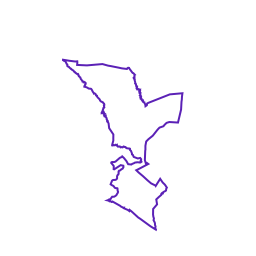 San Jerónimo Sosola, Oaxaca, Mexico (Mercator projection), rotated 138°
{"feature_id": "50627088B57913149693719", "entity_name": "San Jerónimo Sosola", "entity_type": "district", "adm_level": 2, "iso_a3": "MEX", "parent_name": "Mexico", "parent_adm1": "Oaxaca", "projection": "mercator", "projection_center": [-97.021, 17.384], "detail": "fine", "context": "isolated", "style": "outline", "palette": "violet", "viewbox_px": 256, "rotation_deg": 138, "n_neighbors": 0, "source": "geoboundaries", "source_scale": "gbopen_adm2", "svg_char_len": 5850}
<svg xmlns="http://www.w3.org/2000/svg" viewBox="0 0 256 256"><g transform="rotate(138 128 128)"><path d="M138.1,68.7L146.2,66.4L146.1,66.9L147.9,71.4L148.5,76.0L149.1,82.3L149.9,88.0L150.1,91.1L148.4,90.6L137.0,87.7L137.4,89.6L138.3,90.0L137.0,92.8L130.5,99.5L129.5,100.3L127.0,103.1L123.5,105.8L120.3,106.0L114.7,105.7L110.0,106.5L107.7,106.9L106.0,107.1L104.3,107.2L100.5,105.6L98.7,105.9L95.9,106.0L93.3,104.8L87.2,98.6L76.2,106.2L70.7,111.7L69.0,113.1L66.8,115.3L64.3,117.4L74.4,125.0L96.1,133.1L97.4,133.4L98.8,132.3L100.4,132.5L99.4,133.9L99.0,135.8L98.7,136.1L99.3,137.1L99.3,137.4L99.2,137.7L98.8,137.9L98.7,138.0L99.1,138.6L99.0,138.8L98.8,138.9L99.1,139.1L98.9,140.3L98.7,140.6L98.4,140.6L98.2,141.6L98.8,141.7L98.3,142.7L97.7,142.5L97.5,143.0L97.1,142.9L96.7,144.1L97.0,144.4L96.5,144.6L96.1,145.1L95.9,145.6L95.2,145.7L95.1,146.2L95.9,146.5L95.5,147.2L94.8,147.5L94.3,147.5L94.0,147.7L94.1,148.0L93.7,148.3L94.4,148.6L94.1,148.9L93.7,148.9L94.0,149.3L94.0,149.7L94.6,150.2L94.6,150.6L95.3,150.6L95.2,151.2L94.8,151.5L95.0,151.8L94.7,152.1L94.3,152.1L94.1,152.7L93.5,152.7L93.4,152.8L93.8,153.7L93.5,154.0L93.4,154.4L92.7,155.3L92.9,155.8L92.9,156.4L92.1,157.0L91.3,158.7L91.1,158.9L90.9,159.5L90.6,159.5L90.4,160.0L90.2,160.2L90.4,160.9L90.1,161.0L90.0,161.6L89.0,161.5L88.8,162.0L88.6,162.1L88.3,162.5L87.9,162.8L87.6,163.2L87.3,163.1L87.3,164.9L87.4,165.4L87.7,165.8L87.7,166.3L87.2,171.5L87.0,171.9L87.3,172.4L87.7,172.7L88.2,172.8L88.7,172.8L89.3,172.6L92.7,176.5L94.5,179.0L99.2,185.3L101.1,187.7L104.2,192.6L116.6,202.0L123.6,208.9L121.8,210.6L121.1,211.5L122.7,212.7L126.6,217.2L130.6,222.2L130.8,222.0L130.9,221.9L130.7,221.4L130.7,221.0L130.5,220.5L130.0,220.0L130.0,219.7L130.1,218.8L130.4,217.8L130.4,217.6L130.7,216.8L130.6,215.8L130.9,215.6L131.6,214.7L131.4,214.1L131.4,213.5L131.0,212.9L131.1,212.0L131.0,211.5L130.9,210.2L130.7,210.1L130.7,209.4L130.6,209.2L130.6,208.3L130.3,207.8L130.1,207.2L130.2,206.6L130.4,206.2L130.3,205.8L130.0,205.3L130.2,204.9L130.1,203.9L129.8,203.4L129.9,202.7L129.5,202.0L129.0,201.7L129.0,201.4L129.3,200.9L129.4,200.3L129.7,200.2L129.9,199.3L129.7,198.8L129.8,198.4L129.6,197.4L130.2,196.4L130.2,196.1L130.3,195.7L130.2,195.2L130.5,194.1L130.4,193.3L130.6,193.0L130.4,192.9L130.1,192.3L130.4,192.1L130.4,191.9L130.1,191.7L130.3,191.5L129.9,191.2L129.8,190.8L129.4,190.6L129.4,189.6L130.5,188.8L130.9,188.9L131.1,188.8L132.0,188.1L132.2,188.3L132.4,188.3L132.5,188.1L132.8,187.9L132.4,187.3L132.3,187.2L131.7,186.2L131.1,184.9L131.0,184.1L130.8,183.6L130.3,183.0L130.0,182.8L129.3,181.9L129.2,181.6L129.3,180.8L129.5,179.9L129.9,178.7L130.0,177.6L130.1,177.1L130.0,176.9L130.1,176.7L129.9,176.7L129.6,176.0L129.6,175.4L129.4,175.0L129.5,174.7L129.6,174.4L129.7,174.2L129.7,173.7L129.9,173.6L129.9,173.0L129.7,172.8L129.9,172.7L129.9,172.3L129.9,172.2L130.1,170.9L129.9,169.2L130.0,168.9L129.9,168.1L130.4,167.2L130.3,165.7L130.1,165.2L129.8,164.8L129.8,164.5L129.5,164.0L129.5,163.5L129.6,163.4L129.7,162.7L129.6,162.4L129.5,162.1L129.6,161.9L130.0,161.1L130.2,160.9L130.4,160.8L130.8,160.9L131.2,160.4L131.6,159.5L131.8,159.6L132.1,159.3L132.3,159.1L133.1,159.3L133.5,158.9L134.0,158.5L134.6,158.3L134.9,158.0L135.6,157.7L135.2,157.6L135.2,157.4L136.4,156.9L136.8,156.6L137.0,156.8L137.5,156.5L137.2,156.3L137.1,156.0L136.7,155.6L136.5,155.1L135.6,155.4L135.9,154.5L135.7,153.9L137.2,153.6L137.3,152.3L137.6,152.2L137.4,151.8L137.2,151.9L136.5,151.8L137.2,150.9L137.3,149.5L138.0,148.9L138.2,147.8L138.7,147.4L139.0,146.8L138.5,146.5L138.8,146.0L139.1,146.1L139.1,145.5L139.3,144.5L142.1,140.5L143.2,133.0L145.8,130.2L147.3,128.5L151.0,126.1L151.4,125.7L151.0,125.2L150.5,125.2L150.0,124.9L149.9,124.5L149.2,123.9L148.5,123.9L148.2,123.3L147.6,123.0L148.1,122.6L148.1,122.4L147.8,122.1L147.8,121.9L148.0,121.0L147.8,120.7L147.5,120.6L147.2,120.4L146.4,119.7L146.5,119.1L146.5,118.6L145.6,118.2L145.4,117.9L145.2,117.4L144.9,117.2L144.3,117.3L143.5,117.1L143.4,116.4L142.6,115.5L142.6,115.0L142.7,114.2L142.1,113.3L141.7,113.0L141.2,112.2L140.5,111.6L140.4,111.3L141.2,110.3L141.1,109.0L141.6,107.7L142.1,106.4L142.7,105.7L142.4,104.7L143.1,102.7L141.1,98.8L139.0,97.6L139.1,96.0L139.9,95.2L140.3,95.3L140.8,95.0L140.7,93.9L141.8,94.0L142.4,94.5L143.2,95.5L144.3,96.6L145.0,96.9L145.8,97.6L146.9,97.8L149.2,98.6L149.9,98.6L152.1,101.0L151.3,104.5L151.1,108.4L151.3,110.7L151.8,110.5L152.2,110.6L153.2,111.1L154.3,111.3L159.8,111.4L161.3,112.1L162.4,113.2L163.3,113.7L163.7,113.8L163.8,114.1L164.0,109.5L164.1,109.2L166.2,107.0L165.9,106.5L158.3,105.3L156.7,103.1L157.5,102.0L159.1,101.4L161.0,101.8L161.8,101.7L162.8,101.9L163.1,102.2L163.6,102.2L164.0,102.0L164.6,101.6L164.9,100.9L165.4,100.5L165.9,100.1L166.4,99.9L166.7,100.1L167.2,100.0L168.2,99.6L168.5,99.4L168.7,99.1L169.8,97.9L170.7,97.6L171.6,97.7L172.4,98.1L173.1,98.7L173.8,99.3L174.4,99.5L175.1,99.5L178.6,97.8L178.3,96.4L178.1,96.1L178.0,95.6L177.7,95.0L177.6,94.3L177.6,93.8L177.8,93.1L177.8,92.4L177.4,91.6L176.2,90.3L176.2,90.2L177.7,88.3L177.9,87.6L178.2,87.1L179.2,86.6L180.4,86.3L181.4,85.9L182.7,85.9L184.2,86.2L185.0,86.8L185.7,87.5L187.1,87.3L188.3,86.9L188.8,86.9L189.3,87.3L189.9,87.6L190.9,87.7L191.7,88.0L191.0,87.0L190.9,86.2L190.7,86.1L190.6,85.7L190.4,85.7L189.9,85.2L189.7,84.0L189.3,83.7L188.7,83.7L185.9,75.4L185.8,74.3L184.8,71.9L184.3,71.5L184.8,71.2L183.0,67.3L182.6,65.4L181.6,66.0L181.2,63.8L180.3,54.7L179.7,52.5L177.1,40.1L175.3,33.8L175.0,34.0L175.2,34.6L175.3,34.8L175.3,35.2L175.1,35.6L173.8,36.0L173.5,36.3L173.3,36.6L172.8,37.9L171.7,39.2L171.2,40.4L170.7,42.4L169.8,43.0L169.3,43.4L168.9,44.2L168.5,45.2L168.2,45.5L167.4,46.8L163.5,51.0L157.5,51.8L154.8,56.0L151.3,56.1L148.1,56.0L147.5,56.7L146.9,56.8L146.8,56.3L145.9,56.0L145.6,56.5L145.6,56.8L144.0,56.6L142.5,56.2L141.6,56.1L140.2,57.3L139.0,57.7L138.5,61.2L138.7,64.3L138.1,68.7Z" fill="none" stroke="#5b21b6" stroke-width="2"/></g></svg>